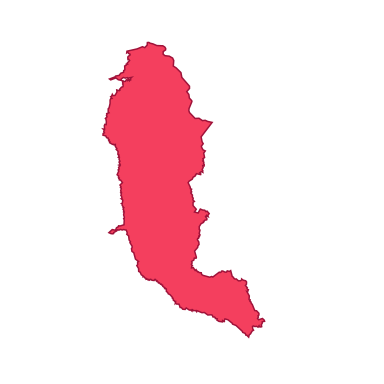 San Pablo, Bolívar, Colombia (Natural Earth projection), rotated 307°
{"feature_id": "7082276B74291160895840", "entity_name": "San Pablo", "entity_type": "district", "adm_level": 2, "iso_a3": "COL", "parent_name": "Colombia", "parent_adm1": "Bolívar", "projection": "natural_earth1", "projection_center": [-74.204, 7.362], "detail": "fine", "context": "isolated", "style": "filled", "palette": "rose", "viewbox_px": 384, "rotation_deg": 307, "n_neighbors": 0, "source": "geoboundaries", "source_scale": "gbopen_adm2", "svg_char_len": 5993}
<svg xmlns="http://www.w3.org/2000/svg" viewBox="0 0 384 384"><g transform="rotate(307 192 192)"><path d="M99.1,225.4L99.1,229.0L98.6,228.8L99.0,230.0L97.2,231.3L97.1,233.1L96.4,234.3L96.8,236.3L96.1,239.6L95.4,240.2L95.7,240.8L94.3,242.3L94.0,241.9L94.6,243.2L94.2,244.2L94.7,244.8L93.0,245.7L93.5,245.8L93.2,247.0L94.6,249.2L92.6,252.0L93.3,253.0L92.8,255.2L94.1,257.2L95.9,257.2L96.1,260.9L96.9,261.9L96.9,263.6L98.1,262.8L98.4,263.2L98.1,264.5L99.5,266.3L99.2,267.7L100.2,267.3L101.6,272.6L103.2,274.4L103.3,278.7L105.5,281.2L105.8,282.4L104.8,283.9L105.7,285.2L105.6,286.4L105.0,286.8L105.9,288.5L104.7,289.0L104.9,291.4L106.6,294.5L107.7,293.8L107.9,296.3L108.3,295.3L110.5,294.7L111.6,297.6L111.4,303.1L110.9,303.9L111.9,307.5L111.0,316.1L110.4,317.0L111.1,319.6L110.1,321.1L110.6,321.9L110.2,324.6L112.3,323.7L114.0,324.1L117.0,323.7L118.7,324.3L119.1,323.0L121.1,321.2L122.0,321.7L122.4,323.2L123.6,324.4L123.8,326.1L125.6,326.0L125.0,327.2L125.7,328.3L126.4,328.7L127.7,327.3L129.6,327.0L130.6,326.2L132.4,327.8L133.1,326.9L133.4,324.4L130.1,322.1L130.4,320.5L132.0,320.3L132.9,319.2L134.0,319.5L135.4,318.4L136.0,315.1L135.1,313.4L138.6,307.6L138.6,306.6L139.7,305.1L139.5,304.2L140.6,303.5L140.2,303.3L140.6,302.2L143.5,300.3L145.6,295.6L145.9,296.4L147.9,295.8L147.6,295.0L148.4,293.5L148.9,293.6L149.5,290.9L151.1,291.0L153.0,289.7L153.4,288.3L152.4,285.9L152.4,284.1L151.8,284.6L150.2,284.1L149.0,282.5L149.2,279.6L148.4,278.9L148.2,277.5L148.8,276.6L148.8,274.9L152.5,270.2L151.1,269.7L150.2,267.6L148.9,267.8L147.9,266.7L147.4,264.1L146.6,263.2L145.3,263.4L144.5,262.8L144.4,262.0L136.6,259.8L136.4,258.6L134.6,257.4L132.1,251.1L131.9,249.4L133.1,248.0L132.0,246.2L132.1,245.0L131.6,244.6L132.3,242.4L131.8,242.6L131.7,241.6L131.3,241.6L132.4,238.5L131.1,237.3L132.9,236.3L133.4,236.6L133.9,235.0L135.4,234.8L136.3,233.5L138.8,234.4L140.6,233.6L141.6,235.1L142.5,234.8L146.4,229.6L151.1,229.9L152.6,229.1L154.3,229.2L156.2,227.5L157.1,225.0L158.3,224.5L159.0,225.1L161.1,223.9L161.7,224.1L161.5,224.5L162.6,224.2L163.2,222.7L166.4,221.3L166.4,220.4L168.7,218.6L172.1,218.3L174.7,219.5L175.5,218.8L176.0,219.3L177.2,219.2L178.6,220.5L179.5,220.2L180.5,217.6L182.0,217.7L181.6,218.4L182.0,219.8L182.6,218.8L185.1,218.7L185.8,215.5L184.7,214.9L185.1,213.1L184.0,211.4L183.4,208.9L178.9,209.5L177.5,206.0L180.8,205.8L181.8,201.0L184.5,199.0L185.9,199.6L186.3,197.3L187.8,196.7L188.2,195.3L189.8,194.2L190.5,191.6L191.9,191.7L192.2,190.5L194.0,190.0L193.7,188.7L194.8,187.7L197.1,183.3L199.0,183.2L202.4,184.5L204.6,184.0L206.4,184.9L207.5,184.6L207.4,184.1L207.9,184.8L209.3,184.5L211.1,188.4L211.7,188.2L212.0,186.6L213.8,187.1L214.2,188.7L214.7,187.9L215.4,188.0L216.1,186.6L218.3,186.2L219.5,184.7L220.2,186.0L221.4,185.1L221.4,184.4L223.0,183.5L223.3,181.9L224.3,182.0L225.1,180.7L227.1,181.3L230.1,177.9L232.8,177.9L232.3,175.4L233.6,172.6L234.3,171.9L237.3,171.9L238.2,169.8L241.5,166.1L259.7,166.2L257.8,162.1L257.2,159.4L255.3,157.4L255.1,153.2L252.6,150.2L253.9,142.3L255.0,140.6L256.9,139.4L264.2,137.5L264.8,136.8L265.4,133.4L268.0,130.8L269.0,127.4L273.2,127.7L275.0,126.3L277.4,114.9L280.7,111.3L281.6,104.6L281.3,101.3L286.0,98.3L287.3,95.9L286.8,92.1L284.6,88.4L284.7,86.0L286.8,84.5L289.6,85.4L290.8,84.6L291.4,83.0L291.2,80.7L287.8,75.8L286.8,71.7L285.6,68.9L285.5,67.5L284.5,66.4L282.3,67.8L278.9,67.4L278.2,65.0L273.2,62.0L265.3,55.3L263.9,56.1L265.1,56.5L264.5,58.0L264.8,59.7L264.1,60.1L261.7,59.4L260.6,59.9L259.3,61.1L259.8,61.4L259.5,63.0L255.8,62.7L255.3,63.6L254.5,62.6L253.8,63.1L252.1,62.4L249.2,64.8L247.8,64.4L246.4,65.3L243.9,63.6L241.4,63.7L238.6,61.2L237.5,61.2L232.6,58.1L232.6,59.6L237.3,62.6L237.3,65.6L238.6,68.3L239.4,67.5L242.1,68.2L242.9,70.3L244.4,71.5L244.2,72.1L247.1,74.7L246.2,74.5L244.6,75.5L244.1,74.1L243.9,75.1L243.4,75.1L243.6,74.3L243.2,74.6L243.3,73.8L242.7,73.6L243.4,73.2L242.6,73.1L242.1,72.0L240.4,72.3L238.8,70.6L239.3,70.0L238.8,69.4L237.1,71.6L236.5,71.6L236.1,72.6L234.5,73.5L233.3,72.6L230.5,72.4L230.0,73.2L229.1,72.9L228.2,70.5L226.7,71.9L222.8,72.4L221.4,70.8L222.0,69.6L220.1,70.1L219.2,69.7L218.6,71.7L217.9,70.9L216.2,71.2L213.4,73.3L209.4,75.1L208.0,75.0L205.6,76.8L205.3,78.0L203.3,76.7L202.8,77.4L201.8,77.5L200.9,78.9L198.6,78.6L198.5,79.3L196.8,81.1L194.2,82.9L193.6,81.7L192.3,82.0L189.4,84.5L188.8,83.2L188.5,84.7L187.1,85.2L186.6,86.4L185.3,85.8L183.8,86.7L184.9,89.4L184.0,91.1L184.6,92.6L184.0,93.0L183.8,94.5L182.8,94.6L182.8,96.1L181.8,96.5L182.2,99.9L183.0,100.9L182.7,101.5L183.8,102.2L182.2,103.4L181.5,105.8L180.4,105.8L180.0,108.5L177.5,110.1L177.6,111.3L176.8,111.5L176.7,112.3L175.3,112.3L175.6,113.4L174.2,114.1L173.2,115.9L172.0,115.7L170.7,118.1L169.5,117.4L169.7,118.7L167.4,118.6L166.6,119.9L165.2,119.7L164.6,120.9L160.7,121.8L160.7,123.7L159.5,124.3L159.4,125.4L158.7,125.4L158.5,126.5L158.0,126.7L158.5,128.1L157.6,130.8L154.2,130.3L153.4,132.2L152.5,132.2L152.3,133.4L149.9,134.4L149.3,135.8L148.5,135.5L148.1,136.7L146.4,137.3L146.3,138.2L144.5,140.2L144.0,139.7L143.9,141.6L141.3,143.0L140.4,142.7L140.6,143.3L139.3,144.3L138.5,146.8L138.0,146.4L137.3,147.4L136.6,147.5L136.4,148.5L134.9,149.3L135.2,149.9L132.6,151.1L131.2,153.1L130.2,153.7L129.7,153.4L128.9,154.7L124.9,157.4L121.7,155.1L120.8,153.7L119.9,154.0L118.0,153.2L115.4,153.9L114.0,150.9L109.5,150.1L110.0,152.4L111.0,154.0L111.7,154.4L112.5,153.9L115.7,155.3L116.9,155.2L117.6,156.6L119.2,157.5L119.6,159.1L120.8,159.9L122.0,162.5L120.3,165.0L119.0,165.3L118.8,167.8L115.8,170.7L115.2,172.8L114.2,172.9L112.7,176.7L111.5,177.7L110.4,177.7L108.4,179.8L108.5,182.0L104.4,187.2L104.3,191.1L103.2,190.8L101.3,192.3L100.0,192.2L98.8,195.3L96.5,197.2L96.7,199.0L95.4,201.2L95.5,203.6L94.8,203.9L95.4,204.5L95.0,206.3L95.4,207.6L94.7,207.9L95.6,208.9L95.3,210.0L96.3,210.2L96.1,211.2L97.5,211.6L97.4,213.1L98.5,215.0L99.8,214.9L100.2,215.5L99.6,216.7L100.1,217.4L99.4,217.8L99.7,219.4L99.2,220.0L99.8,220.7L99.4,222.5L100.0,223.1L99.5,224.2L99.8,224.7L99.1,225.4Z" fill="#f43f5e" stroke="#9f1239" stroke-width="1.5"/></g></svg>